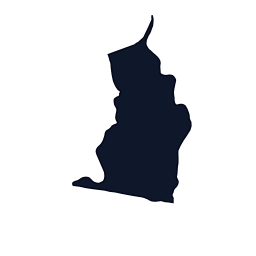 the district of Ocós, San Marcos, Guatemala, rotated 331°
{"feature_id": "79465075B29002473426991", "entity_name": "Ocós", "entity_type": "district", "adm_level": 2, "iso_a3": "GTM", "parent_name": "Guatemala", "parent_adm1": "San Marcos", "projection": "albers", "projection_center": [-92.184, 14.559], "detail": "fine", "context": "isolated", "style": "filled", "palette": "ink", "viewbox_px": 256, "rotation_deg": 331, "n_neighbors": 0, "source": "geoboundaries", "source_scale": "gbopen_adm2", "svg_char_len": 3254}
<svg xmlns="http://www.w3.org/2000/svg" viewBox="0 0 256 256"><g transform="rotate(331 128 128)"><path d="M146.4,54.3L146.3,55.3L146.1,56.2L145.9,57.2L145.7,58.2L145.1,60.3L144.9,61.9L144.7,62.7L144.3,64.0L143.9,64.7L143.0,66.6L140.2,73.6L138.6,78.7L138.2,80.3L137.8,84.4L137.8,86.8L138.1,89.2L138.3,90.1L139.0,91.1L139.4,92.0L138.7,93.1L137.7,93.8L137.1,94.7L136.4,95.6L135.8,96.0L134.8,96.0L134.0,95.9L133.3,95.8L132.5,95.8L131.1,96.0L130.3,96.2L129.6,96.9L128.8,98.4L128.3,99.7L127.9,100.9L127.8,101.7L127.8,103.1L127.8,104.6L127.7,105.4L127.4,106.4L127.1,107.2L126.3,108.2L125.1,109.6L124.0,110.9L123.0,112.3L122.3,113.3L121.9,114.9L121.8,116.4L121.7,117.5L121.5,118.4L120.7,119.0L119.9,119.0L118.9,119.0L117.2,118.7L116.0,118.7L115.3,118.7L114.0,119.2L112.7,119.8L111.7,120.0L110.2,120.2L108.4,120.2L107.7,120.3L106.5,121.0L105.4,122.0L104.5,123.2L103.3,124.5L99.9,127.5L98.1,128.5L97.0,129.1L95.6,129.6L93.6,130.1L92.0,130.6L90.7,131.3L89.5,132.4L89.0,133.1L88.7,133.9L88.2,135.9L86.8,150.0L86.4,154.0L86.1,155.7L85.6,156.9L84.5,159.2L82.7,161.4L80.9,162.7L80.2,162.8L79.4,162.8L78.3,162.8L76.2,162.6L75.4,162.4L74.6,161.8L73.2,160.7L72.3,159.7L71.4,158.3L70.9,157.3L70.4,155.2L70.0,154.0L69.8,153.2L69.4,152.6L68.8,151.9L67.4,150.9L66.6,150.5L65.3,150.0L63.9,149.7L62.8,149.7L61.6,149.7L60.5,149.9L59.4,149.9L57.8,149.8L57.1,149.6L56.3,149.4L55.3,149.2L54.5,149.2L53.2,149.4L52.6,150.3L52.4,151.5L52.9,152.0L53.8,152.5L55.0,153.4L55.9,154.1L57.2,155.0L59.2,156.7L62.0,159.2L67.4,163.4L77.8,171.0L79.3,172.4L81.6,174.5L84.6,176.6L85.4,177.2L87.5,178.9L91.0,182.0L96.7,186.7L100.6,189.9L102.7,191.5L105.6,193.8L106.8,194.7L108.7,196.5L109.8,197.9L111.3,199.8L111.9,201.0L113.2,202.7L113.7,203.2L114.9,204.1L116.6,205.2L119.8,206.5L121.8,207.3L124.8,210.2L128.4,212.6L129.2,213.4L131.0,214.7L131.2,214.9L132.9,211.8L133.4,211.1L133.4,208.8L133.8,208.1L134.3,207.3L134.9,206.7L135.8,206.2L137.9,204.0L139.8,203.1L142.0,202.4L143.5,201.6L144.7,200.6L145.8,199.0L145.9,198.6L146.1,196.7L146.2,195.0L146.7,193.7L148.1,192.1L149.5,190.0L150.4,188.6L152.2,185.8L154.6,182.7L157.6,177.3L158.3,175.8L159.2,174.1L160.1,172.5L161.1,171.3L162.7,170.2L164.4,168.9L167.8,166.8L170.8,165.0L172.5,164.2L174.3,163.3L176.4,162.2L178.7,160.9L181.1,159.6L182.4,158.3L183.9,156.8L184.5,155.7L184.8,155.1L185.7,153.2L185.7,151.7L185.9,150.2L186.1,149.1L186.9,147.7L187.7,145.7L188.2,143.0L188.6,140.0L188.6,137.2L188.4,135.9L187.3,134.3L186.0,133.2L184.2,132.5L183.0,132.2L181.7,131.8L180.8,130.7L180.7,128.4L181.7,125.7L182.8,123.7L183.4,122.0L184.7,118.9L186.9,115.9L192.5,109.4L192.9,108.5L192.9,106.6L192.6,104.8L192.1,103.8L191.4,103.0L190.8,102.6L189.4,101.7L188.4,101.4L187.2,100.9L185.5,100.0L184.2,98.7L183.2,97.6L183.1,97.3L182.7,96.1L182.7,95.2L183.5,93.7L184.3,91.9L185.4,89.5L186.3,88.2L187.2,87.1L187.8,85.9L188.2,84.3L188.2,82.4L187.8,80.2L187.3,78.6L186.9,77.4L186.0,75.1L185.1,72.2L184.6,70.7L184.3,70.1L183.9,68.7L183.8,66.8L183.8,65.1L184.1,63.3L185.2,61.6L186.3,60.1L187.4,59.1L190.4,56.8L192.9,55.4L194.7,54.0L196.8,52.1L199.0,50.3L199.6,49.4L201.0,47.4L202.4,45.1L202.7,44.5L203.6,41.3L203.6,41.1L201.6,45.0L194.9,50.1L185.6,56.7L178.2,58.4L177.0,58.2L174.0,58.6L151.1,55.0L146.4,54.3Z" fill="#0f172a" stroke="#020617" stroke-width="1.5"/></g></svg>